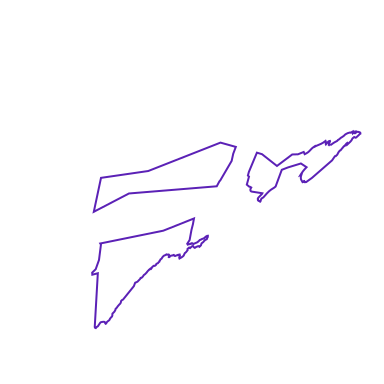 Kópavogsbær, Höfuðborgarsvæði, Iceland, rotated 137°
{"feature_id": "244011B4103585132621", "entity_name": "Kópavogsbær", "entity_type": "district", "adm_level": 2, "iso_a3": "ISL", "parent_name": "Iceland", "parent_adm1": "Höfuðborgarsvæði", "projection": "robinson", "projection_center": [-21.781, 64.044], "detail": "fine", "context": "isolated", "style": "outline", "palette": "violet", "viewbox_px": 384, "rotation_deg": 137, "n_neighbors": 0, "source": "geoboundaries", "source_scale": "gbopen_adm2", "svg_char_len": 5704}
<svg xmlns="http://www.w3.org/2000/svg" viewBox="0 0 384 384"><g transform="rotate(137 192 192)"><path d="M294.2,216.9L294.5,215.6L306.4,205.7L315.1,201.2L320.0,201.1L321.3,199.5L316.3,196.8L355.2,159.6L355.5,158.9L355.3,158.3L355.2,158.1L353.9,158.3L352.4,158.0L352.0,158.1L349.0,158.8L348.1,159.0L347.7,159.0L346.4,158.3L345.7,157.8L344.9,157.1L344.5,156.5L344.7,155.9L345.0,155.1L345.0,154.5L344.5,154.4L344.0,154.5L343.7,154.7L342.9,154.9L342.0,154.9L339.9,154.7L339.1,154.9L338.6,155.2L336.8,155.5L335.5,155.5L334.5,156.0L333.5,157.0L333.1,157.3L332.6,157.3L330.5,157.4L329.7,157.6L329.0,157.8L328.3,158.1L327.7,158.6L325.7,158.7L324.6,159.0L323.8,159.1L321.9,159.3L320.9,159.3L320.2,159.4L319.0,160.0L318.3,160.6L316.9,160.7L316.0,160.4L315.5,160.4L298.7,162.8L295.7,164.3L295.3,164.4L295.0,164.3L294.5,164.0L293.0,163.6L289.3,163.8L288.8,163.9L288.3,164.2L288.1,164.2L287.9,164.0L287.8,163.8L287.6,163.7L286.5,163.6L286.1,163.7L285.5,163.7L284.4,164.0L283.9,164.1L282.2,163.9L281.1,164.0L280.3,164.0L279.6,164.1L279.4,164.2L277.7,164.4L276.9,164.3L276.5,164.5L276.1,164.4L275.4,164.1L275.0,164.4L274.5,164.3L274.5,164.0L274.4,163.7L273.8,163.8L273.5,163.8L273.0,164.2L272.7,164.2L270.5,164.2L270.1,164.0L270.1,163.9L269.7,163.4L268.5,163.2L268.0,163.3L267.4,163.6L266.9,163.7L265.5,163.2L264.5,163.4L263.3,163.3L263.0,163.5L262.7,163.8L261.9,163.8L261.1,164.2L259.6,164.0L258.8,164.3L257.9,164.5L256.7,164.6L255.7,164.5L254.8,164.1L253.2,163.8L253.1,163.7L253.1,163.2L252.9,163.0L252.4,162.7L252.0,162.5L251.7,162.2L251.6,161.9L252.1,161.0L252.6,160.6L253.4,160.3L253.4,160.2L253.1,159.9L252.4,159.8L251.6,160.1L250.9,159.8L250.3,159.4L250.2,159.3L249.9,159.2L249.6,158.9L248.5,158.6L248.2,158.4L248.2,158.0L248.4,157.4L248.3,157.2L248.0,156.7L246.5,156.2L246.3,155.9L245.5,155.8L245.3,155.7L245.1,155.5L245.2,155.4L245.0,155.1L244.2,155.1L243.8,154.8L243.9,154.7L243.9,154.2L244.2,153.7L245.7,153.0L246.2,152.6L246.5,151.9L244.0,151.3L242.0,151.1L241.1,151.3L240.5,151.6L238.9,152.2L238.2,152.1L237.2,152.1L236.0,152.3L235.1,152.4L234.8,152.5L234.7,152.7L234.4,153.2L234.2,153.4L233.8,153.4L232.2,153.4L231.9,153.3L231.8,153.2L231.9,152.5L231.8,152.3L229.2,152.3L228.6,152.1L228.2,151.9L228.1,151.7L228.3,150.6L228.2,149.5L228.1,149.3L227.6,149.1L226.5,149.0L225.2,148.5L224.5,148.2L223.6,147.5L223.5,147.4L224.0,147.0L224.0,146.9L222.9,146.8L221.6,147.0L220.3,147.8L219.9,147.9L217.9,147.7L216.6,147.9L215.1,147.9L214.3,147.7L213.8,147.5L213.4,147.4L213.1,147.5L212.6,147.8L212.0,148.1L211.4,148.2L211.2,148.3L210.9,148.5L210.8,148.8L210.3,149.2L210.8,149.6L211.5,149.7L211.9,149.9L212.1,149.9L212.6,149.9L213.8,150.0L214.0,149.9L214.7,149.9L214.9,150.1L215.6,150.2L215.7,150.3L216.2,150.6L217.0,150.9L217.7,151.0L218.0,151.2L218.4,151.3L219.0,151.6L220.4,151.5L221.8,151.6L222.1,151.5L224.9,152.5L226.4,153.0L226.4,153.4L226.5,153.5L226.6,153.8L227.1,154.0L226.9,154.5L227.2,154.8L228.1,155.1L228.6,155.1L228.7,155.3L229.0,155.5L229.5,155.6L229.8,156.0L231.0,156.4L230.8,157.4L226.5,158.5L218.3,164.6L213.3,167.8L208.6,171.3L239.4,183.3L294.2,216.9ZM129.2,195.1L137.5,208.7L209.7,237.2L248.9,264.4L277.3,244.5L239.1,233.9L170.0,179.3L164.7,181.1L163.4,181.2L141.8,187.7L135.7,191.9L129.2,195.1ZM62.4,120.2L62.2,120.3L60.5,120.2L59.5,120.5L58.9,120.8L58.3,120.9L58.0,121.1L55.7,121.5L55.5,121.4L55.1,121.2L53.7,121.3L53.0,121.5L51.6,121.6L51.2,121.6L50.7,121.8L49.6,121.9L49.3,121.8L49.2,121.6L48.6,121.6L48.3,121.5L48.0,121.7L47.8,121.9L47.6,121.9L47.7,121.6L46.8,121.5L46.6,121.4L46.9,121.8L46.6,122.0L46.3,122.1L44.9,122.0L45.0,121.3L45.8,121.2L46.0,121.1L46.2,120.8L42.0,120.8L40.2,121.0L38.2,121.7L37.6,121.7L36.5,121.6L35.9,121.6L35.7,121.2L35.5,120.4L35.3,120.1L35.1,120.0L34.3,119.9L30.9,119.9L29.9,120.0L29.1,119.8L28.7,120.2L28.5,120.6L28.5,120.9L28.7,121.3L28.8,121.5L28.9,121.8L29.0,122.0L29.1,122.3L29.4,122.5L29.8,123.0L30.2,123.5L30.5,123.8L30.6,124.1L30.6,124.4L31.0,124.7L31.4,123.6L32.5,123.7L32.8,123.9L33.2,124.3L33.1,124.8L33.8,125.3L34.0,125.3L33.9,125.4L33.2,125.3L33.2,125.5L34.2,125.5L34.2,125.9L34.1,126.1L32.9,126.3L32.8,126.2L32.7,125.3L32.7,126.4L32.7,126.5L34.1,126.4L34.2,126.8L34.3,126.8L34.7,127.0L35.4,127.0L35.6,127.5L36.1,127.9L38.1,128.9L39.9,129.4L41.0,129.6L42.3,129.5L43.3,129.6L44.7,129.8L46.1,130.1L48.4,130.2L49.1,130.3L49.7,130.5L50.4,130.4L51.2,130.4L53.8,131.1L55.3,131.4L57.8,131.7L58.0,131.7L58.2,131.9L58.3,132.1L58.6,132.5L58.9,133.1L59.1,133.1L59.8,132.8L60.7,132.8L59.8,133.0L59.1,133.8L58.5,134.3L56.8,134.7L56.5,134.9L56.3,135.3L56.9,135.7L58.0,135.9L59.0,135.8L61.6,135.5L61.5,135.8L61.3,136.1L60.4,136.9L59.9,137.4L59.7,137.8L59.5,138.3L62.3,138.6L64.7,139.2L69.7,141.0L71.2,141.4L71.0,141.7L71.7,141.8L73.0,142.0L74.7,142.1L78.2,141.9L79.8,141.9L81.6,142.2L83.5,142.7L83.8,142.8L83.0,145.1L88.8,147.3L93.1,151.1L112.1,153.1L115.0,171.9L117.7,176.5L136.7,167.9L139.9,165.9L139.8,164.4L146.9,160.0L146.5,156.8L146.1,156.4L145.6,154.9L146.8,154.5L147.3,154.2L147.8,153.8L148.1,153.4L148.3,153.0L148.4,152.5L148.3,152.1L148.0,151.5L141.4,143.1L141.9,142.9L147.5,142.6L147.7,142.4L148.6,142.1L148.7,141.6L149.2,141.3L149.3,141.0L149.4,140.9L149.4,140.5L149.2,140.1L149.2,139.8L148.9,139.5L148.9,139.1L148.9,138.7L148.7,138.4L148.0,138.6L147.3,139.1L146.4,139.5L145.8,139.8L145.5,139.8L143.5,139.4L138.2,139.9L135.1,140.0L132.6,139.8L128.8,139.1L127.1,139.0L111.2,147.0L105.0,144.5L92.9,138.6L91.3,132.0L94.3,131.8L96.6,131.5L99.9,130.8L101.3,130.4L100.2,130.0L101.1,129.5L102.0,128.9L102.7,128.2L103.2,127.6L103.6,127.0L103.8,126.4L104.4,123.9L103.2,123.7L102.7,123.7L102.4,123.5L102.5,123.1L103.1,122.6L102.8,122.2L102.5,122.3L101.7,121.4L94.6,120.5L68.0,119.6L63.1,120.7L62.4,120.2Z" fill="none" stroke="#5b21b6" stroke-width="2"/></g></svg>